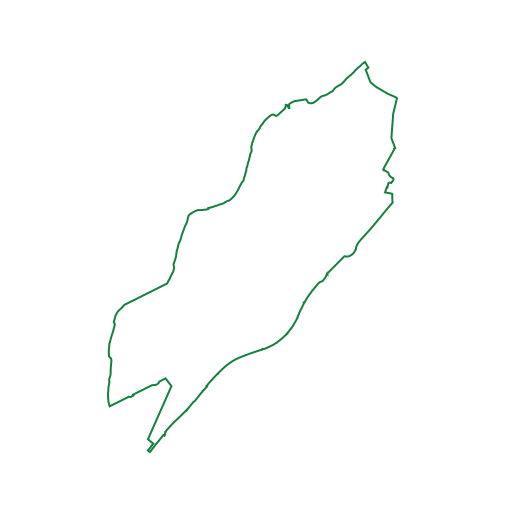 Goes, Zeeland, Netherlands (Natural Earth projection), rotated 306°
{"feature_id": "6326949B11720350341334", "entity_name": "Goes", "entity_type": "district", "adm_level": 2, "iso_a3": "NLD", "parent_name": "Netherlands", "parent_adm1": "Zeeland", "projection": "natural_earth1", "projection_center": [3.836, 51.516], "detail": "fine", "context": "isolated", "style": "outline", "palette": "green", "viewbox_px": 512, "rotation_deg": 306, "n_neighbors": 0, "source": "geoboundaries", "source_scale": "gbopen_adm2", "svg_char_len": 5872}
<svg xmlns="http://www.w3.org/2000/svg" viewBox="0 0 512 512"><g transform="rotate(306 256 256)"><path d="M379.7,335.1L380.7,334.0L382.8,332.3L384.8,330.9L386.2,329.8L386.1,329.7L386.1,329.2L386.0,328.7L385.8,328.2L385.3,327.3L384.7,325.9L383.3,323.0L388.5,321.4L388.7,322.0L393.1,320.2L394.0,321.2L394.2,321.6L394.6,322.5L396.1,322.4L397.4,322.5L398.2,322.4L398.8,322.2L399.4,321.8L399.5,321.6L399.5,321.3L399.2,318.8L399.3,317.7L399.5,316.9L399.8,316.1L400.2,315.5L401.3,313.8L401.1,312.7L401.0,311.7L400.9,310.8L400.9,309.7L400.6,309.1L400.4,308.9L400.4,308.7L401.0,308.6L401.1,308.0L401.2,307.9L422.9,305.2L423.5,305.1L423.8,304.9L424.0,304.6L424.6,304.8L425.1,305.2L425.3,305.0L425.5,304.6L430.5,296.9L430.9,296.4L431.2,296.1L451.7,283.4L465.8,277.6L466.4,277.3L466.6,277.1L466.7,276.9L466.3,274.5L464.6,266.6L464.6,265.7L464.5,265.1L464.4,264.2L463.8,258.0L463.5,255.1L463.4,252.3L463.8,246.7L464.0,246.3L464.7,245.1L471.2,235.3L474.4,236.2L477.0,230.1L475.6,229.6L474.5,229.3L473.3,229.0L472.1,228.9L471.0,228.7L468.7,228.0L467.6,227.7L466.3,227.6L465.2,227.3L462.8,227.1L459.2,226.5L453.5,225.1L452.3,224.9L449.9,224.7L447.5,224.5L445.2,224.0L444.1,223.6L440.9,222.1L439.8,221.6L437.5,221.1L436.3,221.1L435.0,221.2L433.9,220.8L431.8,219.8L430.7,219.4L429.6,219.0L427.4,218.0L426.4,217.4L425.5,216.5L424.5,215.8L423.5,215.2L422.5,214.7L417.7,213.8L416.5,213.4L415.3,213.0L413.2,212.0L412.4,211.3L411.7,210.6L411.2,209.6L410.8,207.7L411.8,206.0L412.2,204.5L410.8,203.0L409.9,202.3L409.2,201.5L405.5,197.8L404.8,197.0L404.0,196.2L402.0,195.0L400.9,194.5L399.7,194.0L398.2,193.6L396.8,194.6L396.0,195.5L395.3,195.9L395.0,195.5L395.3,194.6L396.3,192.7L396.3,191.9L396.1,191.6L395.9,191.3L395.6,191.2L394.9,191.8L394.1,192.2L393.1,192.5L392.0,192.7L388.3,191.9L384.7,191.2L382.3,190.6L381.2,190.0L380.9,189.1L380.9,188.1L380.7,187.2L380.1,186.2L378.6,185.4L375.0,184.3L373.8,184.1L371.4,183.6L370.2,183.5L367.8,183.6L364.2,183.4L363.0,183.5L361.8,183.9L359.4,183.9L358.2,183.7L357.0,183.7L355.8,183.7L352.5,184.4L351.4,184.7L350.2,185.0L345.6,186.4L341.4,188.1L340.5,188.8L338.8,190.5L337.8,191.0L336.6,191.2L335.3,191.3L334.3,191.8L333.3,192.4L332.1,192.7L331.1,193.2L330.1,193.7L326.7,194.8L324.6,195.7L323.5,196.1L322.4,196.4L321.2,196.8L320.3,197.4L319.3,198.0L317.0,198.7L313.8,200.0L312.7,200.3L310.0,201.4L309.0,201.6L307.2,201.4L304.9,201.6L299.4,202.5L295.0,203.0L291.0,203.0L288.1,202.5L285.9,202.0L285.1,201.6L283.6,200.5L281.1,199.3L279.3,198.7L278.1,197.8L277.8,197.5L276.9,197.0L276.7,196.7L276.0,196.0L275.0,195.6L274.5,195.3L273.8,194.8L272.9,193.8L272.4,193.5L271.5,193.0L270.5,192.4L266.7,189.2L266.1,189.8L265.0,189.0L264.1,188.2L262.8,186.7L261.7,185.7L260.0,183.5L259.3,182.3L258.9,181.9L257.3,180.9L255.9,180.1L255.2,179.8L252.8,178.7L250.6,178.0L249.9,177.9L249.4,177.8L248.9,177.8L248.1,178.0L247.3,178.3L246.6,178.6L245.6,179.1L244.4,179.6L243.4,180.1L243.0,180.2L241.5,180.6L238.4,181.0L234.0,182.3L228.7,183.8L226.9,184.6L224.0,185.6L223.6,185.7L221.9,185.9L220.0,186.4L214.9,188.5L213.1,189.0L212.9,189.2L208.6,191.6L204.4,193.1L200.9,194.1L200.3,194.6L199.2,195.8L198.5,196.6L197.5,197.1L195.8,197.8L194.5,198.2L192.0,198.6L188.4,199.1L186.7,199.6L184.9,199.7L183.7,199.9L181.4,200.2L150.9,184.4L139.3,178.3L136.3,178.0L133.9,177.6L132.1,177.2L130.3,176.9L127.9,177.0L126.7,177.2L125.4,177.3L124.8,177.5L123.3,178.2L118.9,179.8L118.6,180.0L118.4,180.9L118.3,181.2L118.2,181.4L117.4,182.2L116.7,182.5L113.9,183.5L110.7,184.8L106.8,186.0L104.0,187.0L100.3,188.5L99.2,188.9L98.7,189.1L92.8,192.6L92.4,192.9L90.6,194.3L88.8,195.8L88.4,196.2L88.2,196.9L88.1,197.8L88.0,198.6L87.8,199.0L87.6,199.3L86.6,200.3L85.6,201.0L84.4,201.7L81.9,203.2L79.7,204.5L75.7,207.3L74.2,208.2L73.5,208.5L72.3,208.9L70.0,209.6L69.6,209.8L68.4,211.1L66.9,212.0L65.6,212.6L63.1,213.8L59.4,216.2L57.1,217.5L56.2,218.3L53.3,220.6L52.1,221.6L51.2,222.5L49.9,224.1L48.4,226.0L67.5,235.9L67.8,236.6L67.8,236.9L68.1,237.2L68.5,237.6L68.9,237.9L69.1,238.0L70.2,238.2L70.5,238.4L70.8,238.8L71.1,238.9L71.5,238.0L90.5,247.9L92.2,250.1L92.9,250.7L93.6,251.2L94.5,251.5L95.8,251.8L96.9,251.8L97.9,251.7L103.8,254.8L101.0,264.1L44.2,276.3L43.8,283.2L35.1,282.9L35.0,285.4L45.8,285.7L45.8,285.8L56.6,286.3L56.7,287.6L57.6,287.5L57.4,286.8L58.6,286.7L60.5,286.4L60.5,286.0L64.5,286.3L69.2,286.8L71.6,287.1L75.1,287.7L83.2,289.2L85.6,289.6L90.5,290.3L90.3,290.6L96.7,290.9L98.7,291.0L101.4,291.2L102.3,291.7L108.3,292.0L111.5,292.1L113.9,292.3L114.0,292.4L114.9,292.4L115.0,292.2L115.4,292.2L115.4,292.3L121.7,293.1L121.8,292.4L127.3,292.8L132.0,293.3L137.9,294.1L138.2,294.5L138.5,294.6L139.1,294.3L143.8,295.1L148.4,296.0L149.5,296.3L153.9,297.6L157.1,298.8L160.2,300.2L163.7,302.1L167.7,304.6L174.1,308.9L177.7,311.4L183.6,315.7L183.9,315.6L184.1,315.7L183.8,315.9L184.4,316.3L184.6,316.1L184.8,316.3L184.7,316.5L186.9,318.2L187.6,318.5L189.5,319.6L192.6,321.3L194.7,322.3L198.1,323.7L201.4,324.6L203.7,325.3L206.0,325.8L209.4,326.4L209.4,326.5L210.0,326.6L209.9,326.5L213.2,326.8L215.7,326.9L217.9,326.9L217.9,327.0L218.1,327.1L221.8,326.9L226.6,326.4L229.8,325.9L230.0,326.0L231.1,325.6L231.2,325.4L237.1,324.1L240.6,323.5L245.2,322.7L246.5,322.6L246.5,322.4L246.8,322.5L247.0,322.5L247.0,322.3L247.3,322.5L249.9,322.2L253.5,321.9L257.0,321.9L260.6,321.9L268.9,322.4L270.1,322.5L271.2,322.7L271.8,322.8L272.4,323.1L274.6,324.4L275.7,324.7L278.1,324.7L280.5,324.6L283.6,324.0L283.7,323.8L283.9,323.8L284.1,323.8L284.0,324.0L284.3,323.8L284.5,323.9L284.6,324.1L292.5,325.3L307.8,327.7L308.2,328.6L308.6,329.3L308.8,329.7L309.9,330.9L310.7,331.5L311.9,332.2L313.4,332.7L314.5,333.0L315.8,333.2L317.4,333.2L318.8,333.0L319.6,332.8L320.2,332.9L320.6,332.6L321.0,332.3L322.3,331.8L323.5,331.5L324.4,331.2L325.4,331.1L326.6,331.0L327.7,331.0L330.8,331.2L344.4,332.7L349.1,333.1L363.3,334.0L364.6,334.0L371.8,334.5L379.7,335.1Z" fill="none" stroke="#15803d" stroke-width="2"/></g></svg>